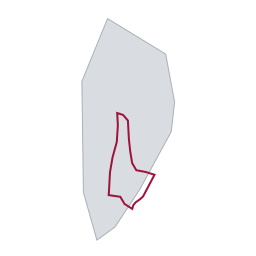 location of Castries within Saint Lucia, rotated 177°
{"feature_id": "LCA-5077", "entity_name": "Castries", "entity_type": "Quarter", "adm_level": 1, "iso_a3": "LCA", "parent_name": "Saint Lucia", "parent_adm1": "", "projection": "robinson", "projection_center": [-60.977, 13.961], "detail": "fine", "context": "in_parent", "style": "outline", "palette": "rose", "viewbox_px": 256, "rotation_deg": 177, "n_neighbors": 0, "source": "natural_earth", "source_scale": "10m", "svg_char_len": 613}
<svg xmlns="http://www.w3.org/2000/svg" viewBox="0 0 256 256"><g transform="rotate(177 128 128)"><path d="M171.6,177.0L142.7,238.3L86.5,199.8L80.1,151.4L85.0,122.1L119.4,66.1L146.2,29.8L164.9,17.7L175.9,66.0L171.6,177.0Z" fill="#d9dde1" stroke="#a8b0b8" stroke-width="1"/><path d="M104.0,79.9L116.5,58.9L119.2,56.6L124.2,53.4L126.8,50.6L128.0,47.0L135.4,52.3L139.3,59.7L150.8,62.0L150.2,67.0L148.3,84.7L145.0,99.4L139.9,114.8L138.0,131.0L138.0,143.5L132.2,141.3L127.7,135.4L127.7,124.4L127.7,117.0L127.0,104.5L125.7,92.8L121.9,85.4L112.8,83.2L104.0,79.9Z" fill="none" stroke="#9f1239" stroke-width="2"/></g></svg>